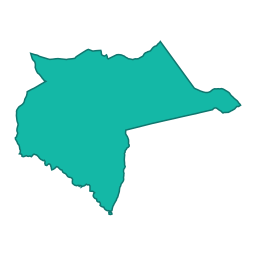 the district of Juti, Mato Grosso do Sul, Brazil
{"feature_id": "56859067B65010940731000", "entity_name": "Juti", "entity_type": "district", "adm_level": 2, "iso_a3": "BRA", "parent_name": "Brazil", "parent_adm1": "Mato Grosso do Sul", "projection": "orthographic", "projection_center": [-54.491, -22.818], "detail": "fine", "context": "isolated", "style": "filled", "palette": "teal", "viewbox_px": 256, "rotation_deg": 0, "n_neighbors": 0, "source": "geoboundaries", "source_scale": "gbopen_adm2", "svg_char_len": 4325}
<svg xmlns="http://www.w3.org/2000/svg" viewBox="0 0 256 256"><path d="M110.8,214.5L112.0,214.0L111.5,212.5L110.1,212.1L110.9,211.0L111.9,210.6L112.2,209.1L112.5,207.7L112.9,206.3L113.6,205.1L114.0,204.1L115.7,201.1L116.4,200.0L116.7,198.6L117.6,197.3L118.1,195.7L118.4,194.4L118.9,192.9L119.3,191.5L119.5,189.5L119.7,188.1L120.0,187.0L120.7,185.9L120.9,184.6L121.4,183.6L122.4,182.4L123.4,180.7L123.7,179.3L123.5,177.5L123.8,175.6L123.8,174.5L124.0,173.3L123.5,171.9L123.6,169.6L124.6,168.0L125.2,166.6L124.6,164.9L124.6,162.9L124.4,161.1L124.3,159.7L124.4,158.1L124.5,156.7L124.7,155.0L124.4,153.4L125.1,152.2L125.2,150.6L126.3,149.4L127.0,148.0L128.3,147.2L129.1,146.3L129.2,145.0L128.5,143.9L128.6,141.7L128.5,139.7L127.8,137.8L127.3,136.5L126.5,135.4L125.6,133.7L125.6,132.2L125.8,130.1L152.4,123.4L154.3,123.0L157.8,122.2L164.7,120.6L174.2,118.5L181.0,116.9L198.1,113.1L200.4,112.5L212.6,109.7L213.3,108.8L214.3,108.1L215.4,107.9L216.5,108.1L217.5,108.8L218.6,109.7L219.9,110.5L221.1,111.2L222.0,112.2L223.0,113.0L224.0,112.5L225.6,112.5L227.0,112.4L228.2,112.4L229.7,111.7L231.0,110.9L232.0,110.5L233.0,109.9L233.9,109.4L234.8,108.8L235.7,107.7L236.8,106.5L238.7,106.5L239.5,105.9L240.6,105.2L239.8,104.0L238.9,103.2L238.0,101.8L237.1,100.7L235.7,99.6L233.8,98.0L232.8,96.9L231.7,96.0L230.9,95.2L230.3,94.3L229.4,93.0L228.3,92.1L227.2,91.4L225.8,90.6L224.7,89.9L223.0,89.0L221.5,88.6L219.7,88.9L218.3,88.7L216.4,88.9L214.5,88.8L213.1,89.4L211.9,90.2L210.4,91.5L209.2,92.1L207.5,92.5L205.6,92.5L204.1,92.2L203.0,91.9L201.9,91.5L200.6,91.1L199.1,90.4L197.8,89.8L196.4,89.2L195.2,88.7L194.2,88.1L160.3,41.5L159.6,42.6L158.1,43.8L156.5,45.8L154.8,46.3L153.3,47.3L152.3,48.4L151.4,49.6L150.5,50.8L149.0,51.4L147.8,51.7L146.6,52.4L145.4,52.8L144.2,53.9L143.5,55.2L142.7,56.3L141.3,57.0L139.8,57.8L138.6,58.6L136.9,58.9L135.3,58.8L134.0,59.1L133.0,59.6L131.5,59.3L129.7,58.9L128.4,58.8L127.1,57.9L125.6,57.2L124.4,56.2L122.9,55.6L121.6,55.0L119.8,54.7L118.2,54.6L116.6,54.8L108.2,58.9L107.3,57.9L107.3,56.8L106.5,54.9L104.5,56.1L103.0,55.6L102.1,55.1L101.5,54.2L101.2,51.7L100.8,50.4L98.8,50.5L95.9,50.7L92.8,51.1L90.2,50.1L88.3,49.4L86.5,50.2L83.9,51.8L80.1,54.2L76.1,56.8L74.9,58.3L73.0,58.6L71.7,58.8L68.3,59.1L66.6,59.5L64.7,59.3L59.8,58.8L58.0,58.6L55.4,58.8L52.4,59.2L49.7,59.4L47.7,58.9L46.2,58.4L42.5,57.3L39.3,56.3L37.8,55.4L36.6,55.0L34.9,54.7L33.0,54.1L30.7,53.4L32.3,58.8L33.4,60.5L34.4,61.3L34.9,62.2L35.3,63.8L35.4,65.0L35.2,67.5L35.6,68.6L36.0,69.8L36.6,71.2L37.6,73.0L39.2,74.2L40.0,75.1L40.7,76.0L41.5,77.0L42.2,78.1L43.2,79.2L44.3,80.6L45.8,81.3L34.1,88.2L31.9,89.2L27.2,91.7L27.1,93.4L26.7,95.1L26.4,96.2L25.6,97.7L24.8,99.2L24.6,100.3L24.0,102.4L23.2,103.5L22.3,104.5L20.9,105.5L19.8,106.2L18.7,107.1L17.8,108.5L16.9,109.9L16.5,111.2L16.6,112.8L16.4,115.6L16.6,117.4L16.8,119.1L17.0,120.6L17.3,121.8L17.9,123.3L18.1,124.9L17.7,126.1L17.0,128.8L16.9,130.4L17.1,131.6L17.6,132.6L17.6,133.8L16.9,135.2L16.6,136.8L15.4,137.6L15.4,139.0L16.3,140.5L17.1,141.9L17.5,143.1L18.2,144.3L19.0,145.1L19.4,146.4L19.6,147.8L19.8,149.2L20.4,150.2L20.3,151.5L20.1,152.9L19.4,153.8L21.4,154.2L21.9,155.1L22.0,156.3L23.2,156.7L24.2,156.5L25.2,156.1L26.3,155.6L27.3,156.2L28.5,156.4L29.7,156.0L31.4,156.7L32.6,155.4L33.4,154.4L34.4,154.2L35.3,154.7L36.4,154.8L37.2,155.5L38.5,156.7L39.4,158.1L40.5,159.1L41.3,159.7L42.2,160.0L43.2,160.7L44.4,160.3L45.1,161.6L44.8,163.3L45.4,165.1L46.8,165.5L47.5,164.8L48.7,163.9L49.8,164.1L50.5,165.0L50.8,166.2L51.3,167.6L51.4,168.7L51.8,169.9L53.3,169.3L54.7,168.4L55.7,167.4L56.7,166.6L58.1,167.2L58.8,168.0L59.6,168.8L60.5,169.7L61.8,169.9L62.4,171.1L62.8,172.1L64.0,173.0L65.3,173.5L66.1,174.2L66.7,175.0L67.7,176.5L69.2,177.3L70.7,177.5L71.8,178.1L72.6,179.4L72.4,180.8L72.3,181.9L72.5,183.4L73.9,184.6L75.0,185.3L76.6,185.7L78.2,185.3L79.2,186.3L79.9,185.4L81.0,185.6L81.1,187.2L82.2,186.4L83.1,186.1L84.1,185.9L85.1,185.3L86.3,184.2L87.4,184.9L89.0,184.7L90.0,186.0L90.0,188.0L90.0,189.4L89.9,191.0L91.1,191.3L92.2,191.2L93.1,191.5L94.6,192.8L93.7,193.6L93.2,195.4L93.4,196.6L94.1,197.6L95.1,198.5L96.6,199.1L96.9,201.0L98.2,202.0L99.5,201.9L100.1,202.9L100.5,204.1L100.0,205.2L101.1,206.3L102.5,206.9L103.8,207.2L104.5,208.7L105.2,209.5L106.2,210.2L107.3,210.7L108.3,210.6L109.4,210.9L108.8,212.4L109.1,214.3L110.8,214.5Z" fill="#14b8a6" stroke="#0f766e" stroke-width="1.5"/></svg>